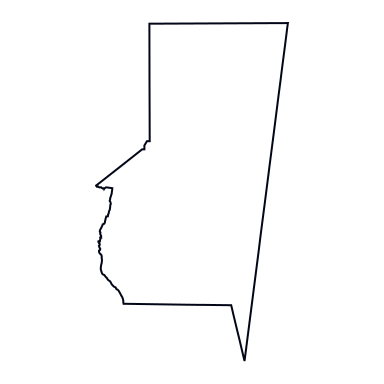 Rivadavia, Córdoba, Argentina
{"feature_id": "61730980B21057051979490", "entity_name": "Rivadavia", "entity_type": "district", "adm_level": 2, "iso_a3": "ARG", "parent_name": "Argentina", "parent_adm1": "Córdoba", "projection": "equal_earth", "projection_center": [-62.507, -30.072], "detail": "fine", "context": "isolated", "style": "outline", "palette": "ink", "viewbox_px": 384, "rotation_deg": 0, "n_neighbors": 0, "source": "geoboundaries", "source_scale": "gbopen_adm2", "svg_char_len": 2829}
<svg xmlns="http://www.w3.org/2000/svg" viewBox="0 0 384 384"><path d="M244.5,361.0L244.8,358.9L258.8,250.0L260.5,236.0L264.7,203.7L268.8,171.7L269.1,169.2L274.0,131.4L278.8,93.5L280.4,81.5L281.9,69.4L285.2,44.0L286.9,30.6L287.1,28.8L287.5,25.8L287.9,23.0L284.9,23.1L282.2,23.1L149.4,23.7L149.5,81.3L149.6,108.1L149.7,141.2L148.3,141.2L147.0,141.2L146.9,141.2L145.7,143.3L144.4,145.4L144.4,145.9L144.4,149.3L142.2,149.3L120.8,166.2L110.1,174.6L99.4,183.0L98.0,184.1L96.1,185.5L96.2,185.9L96.6,186.3L97.0,186.8L97.7,186.7L98.3,186.6L98.5,186.9L98.5,187.0L99.4,187.4L99.9,187.4L100.1,187.4L100.4,187.3L100.7,187.3L101.3,187.3L101.8,188.0L102.3,188.2L103.0,188.6L103.7,188.2L104.1,188.4L104.2,188.8L104.5,188.3L104.9,188.1L105.4,187.8L105.7,187.5L106.3,187.4L107.6,187.5L112.3,188.2L112.2,189.2L112.2,189.7L112.1,190.4L112.0,191.1L111.9,191.6L111.8,192.3L111.7,193.0L111.7,193.8L111.5,194.3L111.2,194.9L110.9,196.2L110.7,196.8L110.2,198.0L110.2,198.7L110.1,199.1L110.1,199.6L109.7,200.6L109.8,201.1L110.4,202.0L110.5,202.5L110.8,203.6L110.7,204.3L110.3,204.9L110.2,206.3L110.2,206.9L109.8,209.7L109.2,210.9L108.8,212.1L108.8,212.3L108.8,213.2L108.0,214.6L108.1,215.3L107.9,216.3L107.7,216.3L107.3,216.4L106.9,216.4L106.2,216.5L106.1,217.1L105.8,218.2L105.6,218.5L105.4,220.1L105.2,220.5L105.0,221.3L105.0,221.9L104.8,222.6L104.3,223.7L103.9,223.8L103.5,223.9L102.6,224.5L102.5,225.3L101.3,227.6L101.2,228.1L100.8,228.6L100.4,229.5L100.0,230.2L99.8,230.9L99.8,231.6L99.9,231.8L100.1,231.8L100.4,232.3L100.4,233.2L100.2,233.4L100.2,234.0L101.1,235.9L101.2,236.3L101.0,236.9L101.1,237.4L100.6,237.3L100.2,237.4L100.2,238.1L100.5,238.6L100.3,239.4L100.0,240.1L100.0,241.2L99.8,241.6L99.4,241.5L99.2,241.2L98.9,241.2L98.4,241.3L98.4,241.8L99.1,243.3L99.8,244.2L99.7,244.9L98.9,245.8L99.3,246.8L99.3,247.1L99.8,248.1L100.0,248.4L100.3,249.0L99.9,249.8L99.8,250.2L99.1,250.5L99.0,250.8L99.1,252.1L99.5,253.0L100.1,253.8L100.5,254.0L100.9,254.6L101.4,255.0L101.8,256.9L101.6,258.0L101.9,259.1L102.0,260.0L101.8,261.9L101.7,262.9L101.5,263.6L101.3,264.4L101.1,265.2L101.0,266.0L100.9,266.8L100.8,267.6L100.8,268.7L100.8,269.7L101.1,270.6L101.5,271.6L101.7,272.6L102.1,273.5L102.6,274.1L103.2,274.6L104.3,275.0L104.9,275.7L105.3,276.5L106.0,277.2L106.8,277.8L107.1,278.5L107.6,279.3L108.5,280.3L109.2,280.7L109.8,281.1L110.4,281.7L110.8,282.6L111.1,283.1L111.6,284.1L112.3,285.0L113.1,285.8L113.6,286.3L114.2,286.8L115.0,287.1L115.7,287.5L116.0,288.4L116.5,289.2L117.4,289.6L117.6,289.7L118.3,290.3L119.1,291.5L119.5,292.2L120.1,293.3L120.2,293.5L121.3,295.6L122.3,297.3L123.0,299.2L123.3,301.0L123.3,302.4L123.6,303.8L125.2,303.8L185.5,304.7L201.3,304.9L205.4,304.9L213.1,305.0L230.3,305.2L231.2,305.2L233.2,313.8L235.2,322.1L237.5,331.7L239.6,340.2L240.5,344.1L241.9,350.0L244.5,361.0Z" fill="none" stroke="#020617" stroke-width="2"/></svg>